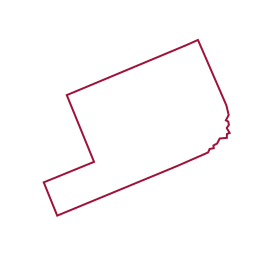 the district of Adams, Washington, United States of America, rotated 337°
{"feature_id": "52423323B7193910850758", "entity_name": "Adams", "entity_type": "district", "adm_level": 2, "iso_a3": "USA", "parent_name": "United States of America", "parent_adm1": "Washington", "projection": "orthographic", "projection_center": [-118.309, 46.999], "detail": "fine", "context": "isolated", "style": "outline", "palette": "rose", "viewbox_px": 256, "rotation_deg": 337, "n_neighbors": 0, "source": "geoboundaries", "source_scale": "gbopen_adm2", "svg_char_len": 433}
<svg xmlns="http://www.w3.org/2000/svg" viewBox="0 0 256 256"><g transform="rotate(337 128 128)"><path d="M84.5,73.8L83.5,145.9L29.2,145.1L28.6,181.0L159.2,182.2L192.1,181.8L195.0,179.2L199.0,180.1L199.8,177.5L204.0,177.1L208.3,173.5L215.1,175.7L216.7,172.2L219.6,172.3L218.9,166.6L222.1,164.5L222.8,161.3L221.1,159.2L225.8,155.3L227.4,145.5L226.8,74.3L214.9,74.5L84.5,73.8Z" fill="none" stroke="#9f1239" stroke-width="2"/></g></svg>